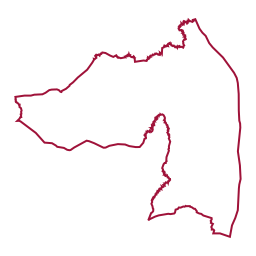 Mueang Nakhon Phanom, Nakhon Phanom, Thailand
{"feature_id": "78962969B91655555555249", "entity_name": "Mueang Nakhon Phanom", "entity_type": "district", "adm_level": 2, "iso_a3": "THA", "parent_name": "Thailand", "parent_adm1": "Nakhon Phanom", "projection": "orthographic", "projection_center": [104.642, 17.31], "detail": "fine", "context": "isolated", "style": "outline", "palette": "rose", "viewbox_px": 256, "rotation_deg": 0, "n_neighbors": 0, "source": "geoboundaries", "source_scale": "gbopen_adm2", "svg_char_len": 5839}
<svg xmlns="http://www.w3.org/2000/svg" viewBox="0 0 256 256"><path d="M17.3,120.9L18.9,120.8L20.4,121.3L35.8,132.9L44.5,142.6L52.0,143.2L56.0,145.6L57.2,146.8L63.9,147.9L67.2,149.8L69.4,150.2L70.6,150.0L74.2,147.5L86.6,140.7L89.1,141.2L94.2,143.2L103.5,147.7L105.6,147.6L109.4,145.8L117.9,144.1L125.1,144.5L129.3,146.1L135.9,147.1L139.7,147.0L143.3,142.8L144.5,138.8L145.9,138.3L146.0,137.2L144.7,135.4L145.5,135.2L145.2,134.6L145.7,134.3L145.5,133.5L146.5,133.2L147.0,132.3L146.7,131.7L147.5,131.7L147.6,131.1L149.2,131.9L149.1,131.3L149.7,130.6L149.8,131.1L150.2,131.0L151.2,131.9L152.3,131.0L152.7,129.7L151.5,128.8L152.6,128.3L152.6,128.0L151.7,127.7L152.6,127.5L152.7,126.8L152.1,126.6L152.0,125.8L152.6,126.2L152.9,125.4L153.6,125.3L152.9,124.6L153.7,124.9L154.2,124.1L153.9,123.6L153.1,123.5L153.7,122.9L153.3,122.1L154.0,121.5L154.8,121.5L154.4,120.9L155.2,119.8L155.8,119.4L156.4,119.7L157.1,119.0L156.7,118.7L156.0,119.2L155.7,118.4L156.1,118.0L155.3,118.0L155.3,117.7L156.2,117.5L156.4,117.0L157.2,117.1L157.0,116.5L158.5,115.2L158.9,115.7L159.1,114.9L160.2,114.9L160.3,114.3L160.8,114.8L162.4,114.4L163.6,115.2L164.8,117.4L164.9,118.5L164.4,119.5L164.7,119.4L164.8,120.0L164.4,120.2L165.3,122.1L164.8,122.0L164.6,122.5L165.9,122.9L166.5,124.8L167.2,125.0L167.2,125.9L167.8,126.3L167.4,127.3L168.3,127.9L168.1,128.5L168.6,128.7L167.9,129.8L168.3,130.0L167.9,130.6L168.3,131.1L167.3,132.6L168.5,133.8L168.1,133.9L168.2,134.8L169.2,135.4L169.0,136.0L169.4,137.2L168.8,138.4L170.2,141.6L168.9,146.3L169.0,148.5L168.4,149.2L168.9,150.7L166.5,157.1L166.3,160.8L166.6,161.1L165.7,162.3L165.7,163.0L164.6,163.0L163.6,164.2L162.2,168.1L163.0,169.4L162.8,170.3L163.3,170.8L163.0,171.2L163.5,171.3L163.5,172.1L164.1,172.0L164.0,173.0L164.5,172.9L164.2,173.9L164.8,174.3L164.5,174.6L165.0,174.6L164.6,175.2L165.5,176.0L167.0,175.3L167.5,176.8L168.0,177.0L167.8,177.5L168.8,177.9L169.2,179.0L170.0,179.0L170.1,179.9L169.0,181.2L168.4,181.1L168.1,182.5L167.9,181.9L167.0,182.7L165.8,182.4L165.5,183.3L164.7,183.4L165.0,183.7L164.5,184.2L164.6,184.8L163.6,184.9L164.1,185.6L163.5,185.5L163.4,186.8L162.9,186.9L162.9,186.4L162.6,187.0L161.9,186.5L162.1,187.2L160.9,188.4L161.1,189.0L160.3,188.6L160.2,189.0L159.3,189.0L159.1,189.9L159.5,190.7L159.2,190.8L159.0,190.4L158.7,191.0L158.6,190.5L158.4,190.9L157.9,190.9L158.1,191.4L157.2,191.6L157.2,192.8L156.4,193.1L156.5,193.9L155.8,194.1L156.1,194.7L155.4,194.9L154.5,197.1L154.1,196.9L153.5,198.2L153.1,197.6L152.7,198.3L153.0,198.8L152.1,199.5L152.3,200.2L151.8,200.5L152.2,202.0L151.4,203.8L152.4,206.0L152.9,208.6L153.3,209.0L153.2,211.1L152.3,212.3L151.1,213.1L148.3,220.3L149.5,219.3L155.1,216.6L158.7,215.4L168.2,213.8L170.5,214.1L174.2,213.5L175.0,212.6L175.6,209.6L177.8,209.0L178.8,207.5L180.7,207.6L183.3,206.5L184.7,206.7L185.7,205.9L186.2,206.2L189.8,206.1L189.9,206.6L191.9,207.3L193.8,208.7L195.0,208.8L196.8,211.2L196.7,212.3L199.3,213.5L201.3,213.9L203.3,215.5L211.6,218.1L211.7,219.4L210.7,220.9L211.2,221.9L210.9,222.9L212.9,223.9L211.3,227.0L211.8,228.0L211.8,229.6L213.4,229.5L214.2,230.4L213.3,233.4L220.0,233.4L229.9,236.8L232.0,225.4L235.3,217.9L237.8,210.2L238.9,188.2L239.3,184.5L240.6,179.0L239.9,165.3L237.9,151.3L240.3,127.7L240.1,123.4L239.3,120.7L238.8,110.6L238.7,94.0L237.8,83.0L236.7,77.9L234.1,72.9L223.0,57.5L212.7,47.4L209.2,43.1L205.7,35.9L202.4,32.7L199.5,28.7L195.3,19.2L192.8,19.9L192.9,20.6L193.5,21.0L192.4,21.9L190.0,21.0L188.5,21.6L188.9,20.2L188.5,19.8L188.3,20.8L187.6,20.8L187.7,23.0L187.1,23.5L186.4,21.9L185.2,22.3L185.3,21.7L183.9,21.0L183.5,21.4L183.8,22.1L183.2,23.0L183.9,23.5L183.7,24.4L182.8,23.7L182.4,24.5L181.6,23.6L181.7,24.2L181.1,24.3L180.4,26.1L179.6,25.6L179.0,26.5L180.2,26.7L178.6,28.6L179.5,30.3L180.2,30.2L180.4,30.9L180.5,30.1L181.0,29.9L181.7,30.0L181.8,30.7L182.8,30.7L183.0,31.2L182.2,31.7L183.3,32.6L182.8,33.0L183.4,33.1L183.6,33.8L183.1,33.8L183.1,34.7L185.2,35.3L185.2,36.0L184.2,36.8L185.2,37.0L185.0,37.7L185.6,38.5L185.3,38.9L185.6,39.3L184.8,39.7L184.2,39.5L183.3,40.8L183.0,41.7L183.4,42.9L183.2,43.7L184.2,45.5L183.4,46.2L183.4,46.9L182.9,46.9L182.9,47.5L181.4,46.8L179.9,47.1L179.6,46.3L178.5,46.8L178.7,46.2L177.7,46.5L177.5,47.2L177.3,46.7L176.9,47.5L176.4,47.0L175.6,47.2L175.5,46.7L174.9,47.0L173.8,45.6L172.9,46.1L171.6,45.5L171.7,45.1L170.5,44.4L170.7,43.7L169.9,43.9L169.8,42.9L168.1,43.8L167.7,44.9L168.0,46.0L166.9,45.6L166.8,46.2L165.4,46.6L165.2,45.8L164.4,45.5L163.7,47.4L162.2,48.0L161.9,53.2L161.7,52.8L160.9,53.3L160.5,53.0L160.7,53.5L160.3,53.7L160.3,54.2L159.6,53.5L159.2,54.7L158.6,54.4L158.2,54.7L156.6,53.5L155.5,54.1L155.1,53.7L154.5,54.5L153.8,54.1L154.2,54.5L153.6,54.8L152.8,54.6L152.6,55.5L150.5,55.6L149.9,56.4L150.2,56.7L149.9,56.7L149.7,57.8L149.2,58.1L148.4,57.6L148.6,58.3L147.9,58.2L148.1,59.1L147.0,59.6L146.9,60.5L146.4,60.5L146.2,60.9L143.6,60.5L135.0,61.8L134.6,58.4L134.8,58.1L133.8,57.7L134.3,57.4L134.1,56.8L133.7,56.4L133.5,56.8L131.5,57.1L130.0,56.1L130.2,55.1L129.2,55.1L128.9,54.2L128.7,54.9L127.9,54.8L127.8,56.2L127.0,56.3L126.4,55.7L125.2,56.7L125.3,57.1L124.8,56.9L124.8,57.4L120.7,58.2L118.6,57.4L118.1,57.8L117.5,57.4L117.6,56.9L116.4,56.2L116.6,55.7L116.3,55.3L113.3,56.9L110.0,55.5L105.5,53.0L102.3,52.5L101.4,53.8L100.9,53.5L100.2,54.1L99.6,55.6L98.5,54.6L97.6,55.1L96.2,54.7L95.6,55.4L96.0,55.5L95.5,56.2L96.3,56.8L96.3,57.5L95.9,57.4L96.1,58.0L94.5,59.3L93.9,59.0L94.0,59.7L92.3,62.6L87.2,69.7L77.8,77.5L73.0,82.4L69.7,84.9L69.5,85.8L66.0,88.8L61.9,90.9L61.4,92.0L60.5,91.8L58.8,90.1L56.9,89.4L51.7,89.6L49.3,90.1L45.5,92.8L42.4,94.3L34.3,94.7L30.9,95.6L24.5,95.6L15.4,96.9L15.7,98.5L15.4,99.1L15.9,99.9L15.6,101.0L16.3,101.7L16.1,102.2L18.4,103.6L19.0,104.9L19.6,104.8L19.5,107.0L21.0,108.2L21.6,110.7L21.1,111.7L21.4,113.8L20.7,114.3L21.2,116.1L20.6,117.0L20.8,117.2L20.1,117.4L19.6,118.6L17.3,120.9Z" fill="none" stroke="#9f1239" stroke-width="2"/></svg>